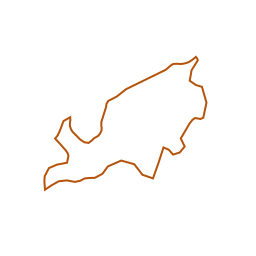 SVG path tracing the border of Barahona, rotated 212°
{"feature_id": "DOM-1970", "entity_name": "Barahona", "entity_type": "Province", "adm_level": 1, "iso_a3": "DOM", "parent_name": "Dominican Republic", "parent_adm1": "", "projection": "robinson", "projection_center": [-71.169, 18.186], "detail": "fine", "context": "isolated", "style": "outline", "palette": "amber", "viewbox_px": 256, "rotation_deg": 212, "n_neighbors": 0, "source": "natural_earth", "source_scale": "10m", "svg_char_len": 1120}
<svg xmlns="http://www.w3.org/2000/svg" viewBox="0 0 256 256"><g transform="rotate(212 128 128)"><path d="M182.7,106.5L181.1,104.2L179.8,101.3L178.2,98.8L175.6,96.7L173.0,95.4L162.3,92.9L157.3,92.8L153.5,94.5L151.9,98.8L151.4,101.2L149.2,105.3L148.7,108.5L149.2,112.1L150.4,114.1L152.0,116.0L153.8,119.1L157.8,134.5L159.1,137.1L159.1,140.5L154.3,148.5L150.2,159.9L126.9,197.3L124.8,203.8L123.8,206.0L121.5,207.8L116.6,210.6L113.5,213.4L111.3,216.2L109.7,219.6L108.1,224.3L106.3,223.6L105.6,223.2L104.8,222.5L104.7,221.7L104.7,210.7L100.7,200.8L93.3,200.4L87.1,202.1L74.9,191.1L69.6,176.6L71.3,174.1L73.9,173.0L76.4,172.0L77.7,168.9L78.2,163.8L78.0,158.6L77.7,147.1L70.1,142.3L71.2,134.6L75.7,129.3L81.9,131.2L87.6,130.3L83.7,114.8L80.1,98.5L91.0,96.0L103.5,100.6L116.5,96.8L124.7,84.8L125.4,75.6L129.7,68.2L133.9,65.4L137.9,62.4L140.7,57.7L144.6,54.1L152.2,51.1L158.6,46.0L162.4,39.0L165.7,31.7L170.6,38.4L173.1,43.0L173.8,52.1L168.9,59.2L161.3,66.3L162.5,69.5L163.7,72.8L166.0,74.8L169.1,76.1L177.1,78.5L184.2,80.4L183.7,84.5L184.5,90.5L186.4,99.7L182.7,106.5Z" fill="none" stroke="#b45309" stroke-width="2"/></g></svg>